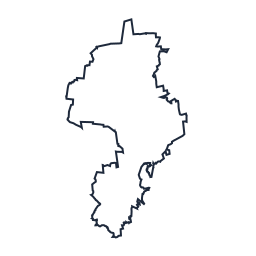 outline of Salvatierra, Guanajuato, Mexico, rotated 355°
{"feature_id": "50627088B1811794709205", "entity_name": "Salvatierra", "entity_type": "district", "adm_level": 2, "iso_a3": "MEX", "parent_name": "Mexico", "parent_adm1": "Guanajuato", "projection": "equal_earth", "projection_center": [-100.915, 20.193], "detail": "fine", "context": "isolated", "style": "outline", "palette": "slate", "viewbox_px": 256, "rotation_deg": 355, "n_neighbors": 0, "source": "geoboundaries", "source_scale": "gbopen_adm2", "svg_char_len": 5766}
<svg xmlns="http://www.w3.org/2000/svg" viewBox="0 0 256 256"><g transform="rotate(355 128 128)"><path d="M164.0,36.3L161.6,35.8L156.7,35.4L154.3,35.0L154.2,35.7L153.7,35.6L152.9,35.2L147.9,35.6L146.6,35.2L141.6,35.1L140.8,20.1L133.7,21.6L128.7,42.9L126.9,43.0L117.8,42.5L117.1,42.8L106.1,44.1L104.4,44.5L104.3,45.0L103.9,44.3L103.5,44.5L103.7,45.4L100.6,47.7L97.3,50.3L98.5,52.0L98.4,53.3L99.6,56.4L98.4,58.9L95.9,58.5L95.1,62.0L94.7,61.9L94.2,62.1L92.8,61.9L92.7,62.4L91.6,62.3L90.7,62.6L88.2,74.8L81.5,73.7L81.4,75.2L81.5,75.6L81.5,75.9L80.0,75.4L79.0,75.5L78.7,75.7L78.5,76.8L78.3,77.0L76.9,77.3L76.9,77.8L75.9,77.8L75.7,78.0L75.7,77.8L75.0,78.3L74.9,78.6L74.6,78.5L74.0,77.9L73.8,77.9L72.3,80.2L71.5,82.9L69.5,91.6L69.2,91.5L69.3,93.5L75.8,94.8L75.1,99.9L73.3,100.1L70.6,106.6L70.3,108.9L69.8,112.2L69.0,112.9L68.8,114.0L68.5,114.1L68.5,114.4L69.9,116.2L70.7,117.1L74.1,118.5L76.4,120.2L81.4,123.0L82.0,123.7L81.5,117.8L93.7,119.2L93.4,120.7L101.0,122.1L101.9,122.4L103.8,122.7L103.9,124.6L107.9,124.7L109.0,125.3L114.4,130.2L114.6,129.9L114.7,130.4L115.5,131.1L116.1,142.8L117.0,143.1L116.7,145.0L117.5,145.4L117.9,145.2L120.7,148.1L120.9,152.0L119.9,151.3L114.9,150.7L113.9,150.4L114.7,165.9L113.1,166.2L113.0,161.8L111.7,161.5L108.2,161.6L107.4,162.3L107.0,163.3L106.8,164.3L104.3,163.1L101.3,163.9L100.9,163.9L100.4,163.6L100.1,162.9L99.6,162.7L99.6,170.5L93.2,169.2L90.3,175.5L91.1,176.4L91.3,177.9L91.2,178.7L89.6,179.6L87.4,181.1L87.4,187.2L87.9,187.8L87.8,189.3L87.0,190.6L86.5,191.3L85.5,191.5L86.7,192.7L88.0,194.3L88.2,194.8L88.6,195.4L89.0,195.6L89.4,196.6L89.7,197.1L90.2,197.2L91.9,199.3L92.0,199.7L92.3,200.0L92.7,200.1L93.6,201.0L93.7,201.3L93.1,202.1L91.2,203.0L90.5,203.8L88.6,206.1L88.4,206.6L88.4,207.1L88.2,207.3L87.8,207.3L87.1,208.4L87.1,209.2L86.6,209.5L85.3,211.3L85.0,212.0L84.6,212.0L84.6,214.0L84.8,215.0L84.5,215.1L85.3,215.6L85.1,216.6L87.0,217.0L89.0,216.5L89.1,217.0L88.9,217.7L88.4,218.2L88.7,220.8L87.8,221.2L87.2,221.8L87.1,222.1L88.4,222.2L89.4,222.0L90.0,222.4L90.8,223.3L91.6,223.6L92.2,223.3L93.4,222.6L95.4,222.7L96.3,223.2L96.5,223.6L97.8,224.0L98.1,224.8L98.3,224.6L98.7,224.8L98.9,225.0L98.9,225.3L99.2,225.8L99.2,226.7L99.5,227.1L99.4,227.9L99.9,228.6L101.0,229.5L101.2,230.1L102.2,230.7L104.2,231.3L104.4,231.7L104.5,232.5L104.1,234.2L103.2,235.2L104.3,235.3L105.1,235.0L105.4,235.4L106.1,235.9L107.2,235.8L108.1,235.5L109.1,234.6L111.6,234.5L111.7,232.4L111.8,228.2L114.3,227.8L113.6,224.4L115.1,224.6L115.3,224.4L115.6,223.9L115.9,223.2L115.4,222.0L115.5,221.8L115.8,221.7L116.0,221.9L116.2,222.0L116.7,221.8L117.0,222.0L117.1,222.3L117.6,222.5L118.2,222.3L118.2,221.8L118.5,222.1L119.4,222.2L119.9,222.1L119.9,221.9L120.1,221.8L120.4,222.0L120.7,222.7L121.3,222.1L121.6,222.0L121.8,222.2L122.1,222.2L122.8,221.9L122.6,219.7L122.3,219.1L121.8,219.0L121.8,218.5L122.3,218.5L122.4,217.4L121.3,217.9L121.3,217.0L122.7,217.1L122.8,215.9L123.7,215.9L124.3,211.5L124.4,208.9L124.6,208.0L125.1,207.5L125.3,206.9L125.3,206.4L129.7,208.9L129.6,208.6L129.9,208.3L130.3,208.2L130.6,207.8L131.2,207.5L131.4,207.2L130.2,205.3L131.1,204.5L133.0,205.3L132.9,204.0L132.7,203.6L131.7,202.8L131.0,202.6L130.8,202.1L131.7,199.7L137.2,205.1L137.5,204.8L135.9,201.7L135.7,201.2L135.8,199.1L136.7,194.8L136.9,194.7L137.5,195.0L138.5,193.1L138.5,192.9L139.1,192.4L140.1,192.3L140.6,191.8L141.3,191.5L143.1,191.5L143.1,191.1L143.4,190.4L144.0,189.5L143.6,189.3L140.7,189.8L138.6,189.9L138.1,188.7L136.9,188.3L136.4,188.4L135.7,187.8L135.1,186.4L135.0,185.8L135.5,184.5L135.9,182.6L136.9,180.5L136.4,180.3L135.5,179.4L134.6,175.6L137.9,168.1L138.2,167.7L139.4,166.5L141.0,164.7L141.9,164.6L141.9,165.2L142.6,165.0L143.4,165.4L143.3,164.6L144.9,164.5L147.0,164.8L146.9,165.2L146.6,165.3L146.5,166.0L146.8,165.9L146.9,166.3L147.5,166.6L147.7,167.0L147.4,167.0L146.7,167.9L146.5,168.0L146.4,167.8L146.2,167.6L145.5,167.7L145.4,168.1L144.3,167.8L144.1,168.3L143.9,169.0L144.2,169.3L144.0,169.9L143.8,169.8L143.2,170.4L143.4,171.1L142.8,171.5L143.1,172.6L143.3,172.5L143.4,173.1L143.6,173.1L143.7,173.4L143.7,173.7L143.3,174.0L144.3,173.7L144.5,174.7L144.9,175.4L145.1,175.3L145.1,176.3L145.4,177.2L145.6,177.1L146.3,177.5L146.7,178.5L146.5,178.8L147.1,178.8L149.5,170.1L149.9,169.7L149.7,169.2L150.5,166.4L150.0,165.7L150.1,165.3L150.3,165.8L150.6,166.2L152.0,165.8L151.8,165.6L152.0,165.5L152.3,165.7L152.6,165.3L153.0,165.8L153.8,165.0L155.1,164.0L155.4,164.0L156.7,164.1L157.2,164.4L157.6,163.7L161.1,161.5L160.0,157.3L163.5,154.3L163.7,156.7L164.0,158.1L167.2,157.4L167.1,153.7L164.5,152.7L165.0,152.0L166.4,148.9L166.7,148.5L169.0,147.9L170.5,147.0L170.6,145.5L172.6,144.5L181.7,140.6L183.6,139.1L183.4,126.4L185.5,126.4L186.9,127.0L187.2,122.7L187.5,120.6L187.2,120.4L187.0,118.7L182.7,119.6L181.2,119.1L180.9,118.7L180.3,114.2L180.2,111.1L180.4,108.9L180.2,105.4L179.4,105.2L179.5,105.3L178.1,105.8L177.8,104.0L177.4,103.8L177.2,103.3L177.0,103.0L173.3,104.8L173.4,107.2L173.1,107.2L172.9,106.9L171.8,106.1L171.7,105.5L171.1,105.2L170.3,105.0L169.0,103.2L169.6,102.2L169.4,101.2L168.4,100.7L167.9,100.7L167.4,101.1L165.9,101.1L163.4,100.1L166.8,99.3L170.7,97.9L171.6,97.2L171.4,97.1L170.4,97.2L170.2,93.9L166.8,94.2L166.9,92.2L166.7,89.4L165.9,89.2L166.0,89.0L160.2,89.9L160.0,86.4L160.2,84.0L159.7,78.7L159.6,78.8L158.2,79.5L157.4,78.3L158.3,76.9L158.7,76.5L158.7,76.0L158.9,75.9L159.1,75.5L159.1,75.1L161.3,73.7L161.4,73.2L162.2,72.4L162.7,72.2L162.1,69.1L164.0,68.5L164.2,68.0L165.3,67.3L165.3,65.6L165.2,65.4L164.9,62.7L165.4,62.1L164.6,59.4L166.4,54.5L170.5,54.7L170.9,55.0L172.4,55.3L172.7,56.0L172.6,56.6L174.9,53.0L172.4,53.0L168.0,52.4L167.8,49.5L164.8,49.5L163.2,49.1L164.0,47.5L165.1,46.4L165.6,45.6L167.4,41.8L167.7,40.6L166.5,40.3L163.8,40.1L163.8,38.2L164.0,36.3Z" fill="none" stroke="#1e293b" stroke-width="2"/></g></svg>